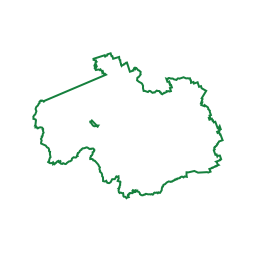 outline of Baw Baw, Victoria, Australia, rotated 242°
{"feature_id": "25037944B5488167520198", "entity_name": "Baw Baw", "entity_type": "district", "adm_level": 2, "iso_a3": "AUS", "parent_name": "Australia", "parent_adm1": "Victoria", "projection": "albers", "projection_center": [146.104, -37.97], "detail": "fine", "context": "isolated", "style": "outline", "palette": "green", "viewbox_px": 256, "rotation_deg": 242, "n_neighbors": 0, "source": "geoboundaries", "source_scale": "gbopen_adm2", "svg_char_len": 5797}
<svg xmlns="http://www.w3.org/2000/svg" viewBox="0 0 256 256"><g transform="rotate(242 128 128)"><path d="M61.6,112.3L61.5,112.9L60.0,114.6L59.1,116.4L58.6,116.9L58.5,117.9L57.5,118.6L57.6,119.2L58.4,120.3L58.5,121.1L57.6,122.2L57.5,123.3L56.4,123.7L56.7,124.9L56.2,125.1L55.7,125.9L57.2,128.5L59.0,129.7L60.1,130.9L59.9,131.4L61.2,132.7L61.0,134.3L61.7,136.6L61.7,138.9L60.3,140.5L60.5,141.1L60.0,141.8L60.3,143.3L60.0,143.6L60.4,145.0L60.1,145.1L59.9,145.8L60.4,146.8L59.8,147.3L60.1,148.3L59.6,149.3L59.7,150.1L59.5,150.4L59.9,151.0L59.9,152.3L59.6,153.0L58.3,153.9L58.7,155.1L57.3,157.0L58.9,157.5L61.4,158.9L60.5,160.4L58.9,166.4L55.7,168.9L51.9,177.1L51.0,178.0L50.7,180.4L53.6,180.6L53.1,183.9L53.4,183.9L52.8,187.8L53.2,187.7L52.8,190.6L53.9,190.1L56.0,190.4L56.9,190.0L56.3,194.3L56.9,194.4L56.8,195.6L61.3,196.3L60.8,196.0L60.9,195.2L61.4,194.2L61.0,193.5L63.1,193.8L63.3,192.6L68.1,193.3L68.3,194.4L68.9,194.3L70.1,194.9L70.5,195.6L70.2,195.9L70.8,197.0L70.7,197.3L70.9,198.1L71.5,199.0L71.8,199.0L71.7,199.6L72.7,200.6L72.8,201.3L73.4,202.0L72.8,205.8L78.9,206.6L79.0,206.1L81.3,206.4L81.5,204.8L82.8,204.9L82.7,207.6L83.7,207.7L83.4,209.3L86.6,209.8L85.6,208.2L85.8,208.0L85.8,207.1L92.5,208.0L92.7,206.4L94.8,206.6L94.8,206.1L96.8,206.4L97.1,203.8L99.0,204.1L98.8,205.5L100.7,205.8L100.5,207.3L104.0,207.8L104.8,208.4L107.0,207.7L107.4,208.1L108.8,208.2L112.2,206.4L111.4,205.7L113.9,203.5L115.5,205.3L115.8,204.3L118.6,207.4L119.6,206.9L124.1,214.5L128.5,211.7L130.7,212.1L131.0,210.1L135.7,210.9L136.3,207.1L137.9,207.4L138.3,204.9L140.5,205.9L140.8,205.6L142.8,206.0L143.2,204.8L143.8,204.3L144.5,202.6L146.7,200.9L147.4,196.6L147.9,196.2L148.4,195.1L147.7,193.4L149.5,191.3L150.6,190.8L151.2,189.9L151.3,189.3L152.8,187.8L153.1,187.1L152.6,186.3L152.6,185.8L153.5,185.0L150.3,184.5L150.2,185.1L149.3,185.9L149.4,186.2L147.5,185.9L147.6,185.5L145.9,185.2L145.7,186.2L143.2,185.8L143.6,183.8L140.4,183.2L140.7,181.8L141.5,181.1L141.7,180.5L142.4,179.5L141.7,179.1L141.8,176.4L142.1,176.3L141.7,174.1L142.6,173.5L144.0,173.6L144.5,173.0L145.4,173.2L146.0,172.9L146.7,171.6L147.5,171.0L147.1,168.9L146.8,168.3L147.5,167.1L147.4,166.4L148.2,165.8L150.1,165.1L150.8,164.2L150.4,162.5L152.9,160.2L153.4,159.2L156.3,160.0L158.2,161.1L160.1,161.2L161.2,161.0L163.6,159.4L165.8,158.4L167.9,159.8L168.1,160.6L167.9,161.2L169.3,164.3L169.9,164.3L171.6,165.5L173.5,164.8L174.3,164.1L177.1,163.5L177.9,162.6L178.0,161.6L177.4,160.9L177.0,161.3L177.5,161.4L177.8,162.1L176.9,162.3L176.9,161.9L176.5,161.7L176.8,161.1L176.7,159.3L176.6,158.9L176.3,159.0L176.8,156.1L186.3,157.8L186.5,156.9L186.0,156.6L186.4,154.8L185.9,154.1L186.1,152.2L185.8,151.5L187.1,151.5L188.0,152.0L189.4,152.1L191.1,152.8L191.1,152.6L192.9,152.7L194.9,153.5L196.1,147.4L198.8,147.9L199.2,147.2L202.1,147.7L202.7,144.4L201.8,143.7L202.2,142.7L201.7,141.6L201.8,141.3L203.2,141.5L205.3,130.0L204.3,129.6L203.9,130.3L202.6,130.9L202.5,131.3L201.9,131.0L201.2,131.3L201.0,130.1L200.0,129.4L199.6,128.5L199.1,128.5L199.4,129.2L199.3,129.6L197.9,129.4L198.2,129.1L198.0,128.8L198.3,127.6L197.7,127.7L196.8,127.0L196.3,128.1L195.9,127.6L196.0,127.2L195.7,126.8L194.3,126.8L193.5,129.4L193.0,130.1L192.4,130.3L192.6,131.2L191.7,131.2L190.8,131.7L190.5,132.2L190.1,131.8L189.6,132.3L188.9,132.1L188.8,131.3L188.5,131.2L188.5,131.7L187.0,132.2L186.9,133.0L185.4,133.6L191.2,67.2L190.8,66.3L190.9,65.9L191.6,65.9L192.7,64.9L192.5,64.2L193.2,63.6L192.6,62.0L191.7,61.8L191.3,60.4L190.8,60.0L190.0,58.5L189.8,57.2L188.8,55.9L188.1,55.3L185.8,55.0L183.5,52.4L183.3,51.2L182.4,49.7L181.2,49.3L180.5,48.8L178.9,50.4L178.1,50.4L174.4,47.9L173.6,46.9L172.9,47.6L172.0,47.4L171.8,46.9L171.1,48.0L170.2,47.9L170.0,48.2L170.1,49.7L169.8,50.9L168.7,52.3L167.2,52.6L166.7,51.9L166.2,52.2L165.1,51.5L163.5,51.3L162.7,49.9L161.2,49.0L161.1,47.9L160.3,47.8L159.2,46.0L157.5,45.9L156.2,44.6L155.1,44.0L151.1,47.1L149.0,47.4L147.7,48.3L146.5,48.3L145.7,48.1L144.9,47.5L143.5,47.6L143.4,47.9L141.7,46.8L138.6,45.9L138.3,45.0L136.8,43.4L135.7,42.8L135.7,41.9L135.4,41.5L133.6,42.6L133.1,43.5L132.8,44.6L132.5,44.7L132.9,45.8L132.2,45.9L131.1,45.0L131.0,45.8L130.5,46.1L131.2,47.8L131.0,48.2L131.7,49.8L131.6,51.1L130.6,50.9L130.5,52.7L130.0,52.6L129.1,51.6L127.9,52.1L127.1,53.2L127.4,54.2L125.6,55.7L125.4,56.6L125.9,57.8L126.2,60.3L125.8,61.1L125.9,63.0L127.3,64.2L127.7,66.2L126.6,67.6L126.4,68.6L127.1,69.5L126.9,70.3L127.9,70.3L128.5,71.4L129.1,71.5L129.5,72.1L129.3,72.6L129.6,73.7L130.5,74.9L130.7,76.8L131.1,77.1L131.3,78.6L130.8,79.4L130.4,81.5L130.5,81.9L130.2,82.6L129.3,83.3L127.6,84.1L127.5,84.8L126.8,85.4L126.8,86.5L126.1,87.7L125.2,87.9L124.8,87.7L124.6,88.0L123.9,87.7L123.1,86.4L123.2,85.4L121.7,84.6L120.8,83.3L120.7,82.1L120.2,81.9L119.5,80.7L118.3,80.1L117.5,81.7L116.9,82.2L115.8,82.1L115.5,82.7L114.7,83.0L114.5,83.4L109.4,84.6L108.5,84.4L106.4,84.7L106.0,84.1L104.9,83.4L103.3,83.3L102.6,82.7L101.0,83.4L99.4,83.4L97.4,82.5L96.3,82.8L92.8,81.1L91.5,82.6L91.6,84.0L89.3,84.0L88.2,85.4L88.3,87.2L90.2,90.0L89.1,92.2L89.3,92.9L90.7,94.8L90.7,95.1L89.9,95.4L89.8,96.9L87.8,96.1L86.1,94.0L84.9,95.1L84.6,95.8L83.9,96.0L82.0,94.5L81.4,94.4L80.3,92.9L79.7,92.8L79.3,91.8L79.2,92.0L78.6,91.7L77.6,90.5L75.5,89.8L74.5,90.1L74.4,91.3L73.1,92.3L72.8,93.1L71.2,92.6L70.3,92.0L69.3,92.1L68.4,93.5L66.8,93.7L67.0,94.7L66.6,96.2L68.3,96.2L68.4,96.9L69.1,96.9L69.2,98.3L69.6,98.4L69.7,99.2L68.4,101.3L68.5,101.8L69.7,102.7L70.4,102.4L70.8,103.2L69.7,103.9L69.6,104.7L69.1,104.1L68.3,103.8L68.0,104.5L68.6,106.0L68.4,106.7L67.9,106.4L67.4,106.6L66.5,107.6L65.1,107.8L63.9,107.5L62.4,108.3L61.6,109.5L61.7,110.5L61.2,111.5L61.6,112.3ZM143.3,100.9L144.0,102.5L145.4,99.0L146.7,98.2L150.2,97.8L150.6,97.4L151.4,97.7L151.2,98.6L151.6,99.6L145.0,101.5L144.2,102.8L143.4,101.9L143.3,100.9Z" fill="none" stroke="#15803d" stroke-width="2"/></g></svg>